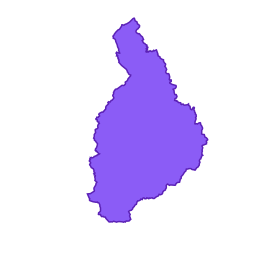 Ban Ta Khun, Surat Thani, Thailand, rotated 225°
{"feature_id": "78962969B58743174421215", "entity_name": "Ban Ta Khun", "entity_type": "district", "adm_level": 2, "iso_a3": "THA", "parent_name": "Thailand", "parent_adm1": "Surat Thani", "projection": "albers", "projection_center": [98.73, 9.118], "detail": "fine", "context": "isolated", "style": "filled", "palette": "violet", "viewbox_px": 256, "rotation_deg": 225, "n_neighbors": 0, "source": "geoboundaries", "source_scale": "gbopen_adm2", "svg_char_len": 5845}
<svg xmlns="http://www.w3.org/2000/svg" viewBox="0 0 256 256"><g transform="rotate(225 128 128)"><path d="M110.1,52.7L105.9,51.0L105.2,51.0L104.3,49.8L103.5,49.7L100.6,51.1L98.1,52.9L97.2,54.0L96.7,53.8L96.5,54.1L95.3,54.4L93.4,53.6L92.6,52.8L91.0,52.1L88.9,50.0L88.6,49.5L88.8,47.2L87.8,46.0L87.2,46.3L86.4,47.4L85.9,47.3L85.2,46.8L83.8,46.8L83.0,48.0L82.1,48.0L80.9,49.0L79.7,48.4L75.0,48.2L74.1,49.0L73.9,49.6L72.7,50.4L72.2,51.9L69.5,53.4L69.0,54.5L68.0,55.7L65.7,57.6L64.6,58.2L64.2,59.3L63.4,59.6L63.5,61.0L62.3,62.0L61.5,63.1L61.4,64.1L61.8,64.7L61.5,65.4L64.7,66.9L65.4,68.5L66.7,68.7L68.5,69.4L68.4,70.7L67.5,72.2L67.5,74.0L68.1,75.0L68.1,77.0L68.5,78.1L68.4,79.4L68.1,79.9L69.4,82.2L69.6,83.3L69.0,83.9L68.4,85.5L68.3,86.4L68.6,86.8L67.3,87.6L67.9,88.5L67.6,89.5L67.1,89.9L66.0,89.9L65.2,90.8L65.3,92.0L63.3,92.7L63.5,93.5L62.6,94.1L61.6,95.7L60.4,95.9L59.6,96.8L59.4,98.8L59.1,100.1L58.6,101.0L58.6,101.9L59.1,103.1L57.8,103.8L57.2,105.3L57.5,106.5L58.0,107.0L58.3,108.6L58.1,109.5L57.8,110.0L57.8,110.8L58.4,111.6L58.5,112.7L60.4,114.5L60.5,116.2L60.3,116.4L58.2,116.7L57.7,117.8L54.2,120.8L54.1,121.3L54.6,122.3L54.7,123.7L54.3,124.7L53.2,126.1L54.3,128.0L54.9,128.6L54.7,129.8L55.6,130.9L56.0,131.1L56.1,133.8L56.8,136.7L56.7,138.5L57.7,140.2L56.7,141.2L56.3,142.3L54.8,143.8L53.5,143.9L52.1,144.8L51.9,145.3L50.9,145.5L50.7,145.9L51.1,147.2L51.3,148.6L50.9,149.8L51.4,152.2L52.3,153.1L52.9,154.7L54.2,155.1L54.7,155.8L55.0,156.9L54.7,157.7L55.2,158.4L55.3,159.0L56.1,160.0L55.8,161.6L57.3,161.6L57.7,162.3L58.5,163.0L59.1,164.3L60.0,164.7L61.2,166.9L62.9,167.5L63.0,168.4L61.3,172.3L61.9,172.8L62.0,173.3L63.4,174.1L63.3,176.0L64.1,176.4L65.8,176.5L67.2,176.0L69.4,177.3L71.0,176.1L71.8,175.9L73.2,177.5L74.1,178.2L74.6,179.8L75.2,180.7L77.4,181.6L79.2,181.9L80.2,182.8L80.7,182.8L81.4,181.8L81.8,179.8L82.5,179.6L83.2,178.6L83.7,178.3L85.2,180.1L86.3,182.6L87.7,183.3L87.7,184.1L88.0,184.6L89.4,185.6L90.1,185.4L90.9,186.2L92.0,186.3L92.9,187.1L93.7,187.2L94.6,187.8L95.3,189.2L95.7,189.3L96.1,189.3L96.4,188.9L96.3,187.7L95.7,186.3L96.1,185.8L97.3,185.6L99.5,187.2L101.0,186.9L102.2,187.8L102.4,186.5L104.2,184.1L104.7,183.8L106.0,183.9L106.8,182.4L107.4,182.3L108.2,183.0L108.8,183.0L110.4,181.6L112.0,182.0L112.7,181.2L113.2,181.6L114.5,180.5L115.6,182.1L115.0,183.4L115.7,185.0L117.5,185.7L118.2,184.9L118.8,184.9L120.7,185.9L121.7,186.9L123.5,187.3L122.6,189.2L122.7,190.6L123.1,191.3L123.9,191.9L124.1,192.0L127.7,190.0L130.2,189.3L130.8,189.8L130.3,191.4L131.2,192.4L131.6,192.5L132.4,191.4L133.1,191.5L134.6,193.6L137.1,195.1L137.9,195.0L138.8,194.0L140.0,193.9L140.8,194.1L141.5,195.2L142.1,196.8L144.5,197.6L145.4,197.5L146.2,199.4L146.9,199.9L148.2,199.8L150.3,200.4L151.0,201.3L151.3,201.3L153.1,200.4L154.0,200.4L154.6,200.2L155.8,200.9L157.7,200.3L158.3,200.9L158.9,200.8L159.3,201.5L163.1,203.3L164.1,201.1L164.6,201.0L164.3,200.6L164.9,200.1L165.0,199.1L165.5,198.7L166.3,198.6L166.5,198.2L166.9,198.2L166.9,197.8L167.2,197.7L167.4,197.2L167.3,196.4L167.7,196.3L167.5,196.1L168.6,194.8L168.9,194.9L168.9,194.5L169.0,194.8L169.2,194.7L169.3,195.6L169.8,195.7L169.8,196.4L170.1,196.5L170.1,196.8L170.3,196.7L170.1,196.9L170.5,196.9L170.2,197.2L170.4,197.9L170.7,198.4L171.0,198.1L171.0,198.7L171.4,198.5L171.5,198.9L171.8,198.7L172.0,199.0L172.7,199.0L172.6,199.5L173.3,200.0L174.5,199.5L175.9,199.6L177.1,199.1L179.8,199.9L179.5,201.5L182.2,202.6L184.2,202.4L186.5,202.7L187.0,202.5L187.3,201.9L188.8,201.5L189.4,201.4L190.5,201.7L191.1,202.6L191.3,203.4L191.3,204.6L191.0,205.6L191.3,206.1L191.3,207.5L192.2,208.6L193.7,208.7L194.9,208.3L196.8,209.4L198.8,208.8L200.6,209.9L201.4,210.0L201.8,208.8L201.8,203.9L202.6,200.6L203.3,199.4L203.6,197.8L204.7,197.2L205.3,196.6L204.6,195.5L203.8,191.7L204.4,190.5L204.4,187.3L204.0,184.7L203.5,183.3L203.6,182.3L202.3,181.7L202.0,181.1L200.1,181.6L199.3,181.5L197.8,180.5L194.5,179.2L192.7,178.0L190.5,177.3L189.4,176.1L187.7,175.6L186.8,175.0L187.1,174.7L189.6,173.6L189.3,173.1L189.4,172.5L187.9,172.2L187.6,171.6L186.9,171.6L186.9,171.2L186.3,171.7L185.9,171.0L184.3,170.6L184.1,169.9L182.9,169.9L182.4,169.2L181.5,169.0L181.1,168.0L176.8,167.7L170.8,168.3L169.0,167.9L168.1,167.2L167.2,167.3L165.9,166.7L165.0,166.7L163.5,167.3L163.4,166.8L163.0,166.5L162.8,162.9L162.1,161.4L162.0,160.3L162.4,158.6L162.0,158.1L161.4,157.9L160.9,157.0L160.9,155.6L161.1,155.0L162.4,154.0L163.3,147.9L164.0,147.1L164.3,146.1L164.0,145.5L164.0,144.5L163.5,143.6L163.5,143.0L162.4,142.1L162.1,141.4L162.0,140.5L161.5,140.0L159.6,139.5L159.1,138.9L158.9,136.4L159.4,135.6L159.0,133.8L159.3,133.4L160.2,133.0L160.3,131.9L160.2,131.7L158.9,131.5L158.9,127.9L158.4,126.9L157.9,126.5L157.1,125.4L157.2,124.3L156.9,123.3L157.2,122.6L156.9,121.5L157.9,120.5L158.6,117.9L158.3,117.0L157.0,116.7L156.6,116.3L156.9,115.1L156.6,114.5L157.7,113.5L157.2,112.9L157.2,111.7L156.6,111.4L155.5,112.0L154.3,110.9L153.3,111.1L152.8,111.5L152.4,111.1L151.5,110.9L151.7,110.0L151.3,108.7L150.7,107.8L149.4,107.0L149.3,105.6L149.9,104.6L149.9,103.4L148.7,102.7L148.4,102.2L147.6,101.8L147.3,99.6L145.7,97.9L145.1,96.5L144.1,96.6L143.3,95.7L142.3,95.7L141.7,95.9L141.2,95.6L138.4,95.3L137.0,93.2L136.2,91.2L136.2,90.3L135.3,89.0L134.7,89.0L134.3,89.4L133.8,89.0L133.1,89.5L132.3,89.1L132.0,89.3L130.7,89.2L129.9,89.5L130.1,88.4L130.7,87.2L130.5,86.5L130.9,86.2L131.1,85.2L131.8,83.9L131.6,83.6L131.9,82.0L132.8,81.2L133.1,81.2L133.0,80.7L133.5,80.5L133.2,80.3L133.4,79.8L133.1,79.0L132.2,79.0L132.3,77.8L132.0,77.3L130.2,77.2L129.8,76.9L129.4,76.3L129.5,75.3L129.1,74.9L127.4,74.6L126.0,74.0L123.7,74.7L122.9,74.2L122.2,74.1L121.1,72.9L119.5,72.8L119.8,71.5L119.3,71.5L118.6,71.0L118.4,71.3L117.4,71.2L117.0,70.7L117.1,70.0L115.0,68.7L114.3,67.5L111.7,67.7L111.5,66.4L110.5,64.9L109.7,61.7L109.0,60.8L107.4,59.9L107.2,59.5L108.2,55.0L110.1,52.7Z" fill="#8b5cf6" stroke="#5b21b6" stroke-width="1.5"/></g></svg>